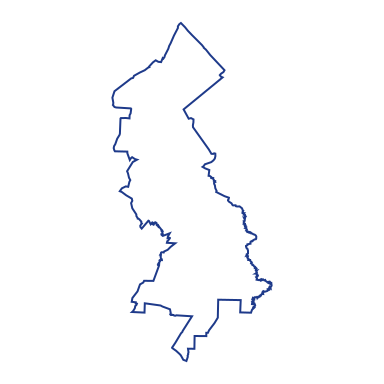 outline of Cobia, Dâmbovita, Romania
{"feature_id": "2599482B99915860347506", "entity_name": "Cobia", "entity_type": "district", "adm_level": 2, "iso_a3": "ROU", "parent_name": "Romania", "parent_adm1": "Dâmbovita", "projection": "natural_earth1", "projection_center": [25.357, 44.815], "detail": "fine", "context": "isolated", "style": "outline", "palette": "blue", "viewbox_px": 384, "rotation_deg": 0, "n_neighbors": 0, "source": "geoboundaries", "source_scale": "gbopen_adm2", "svg_char_len": 6075}
<svg xmlns="http://www.w3.org/2000/svg" viewBox="0 0 384 384"><path d="M186.4,361.0L187.8,356.8L187.6,355.7L188.2,354.3L188.1,353.6L188.5,352.3L188.0,348.7L194.4,348.8L194.6,336.0L206.3,336.1L206.3,332.8L207.9,332.8L209.1,330.2L214.5,323.1L217.8,317.7L218.2,299.7L240.7,300.1L240.2,312.4L251.0,312.7L252.0,309.8L254.0,307.9L253.1,307.7L253.4,307.0L253.8,306.6L254.7,306.4L255.2,305.3L254.6,303.8L254.2,304.0L253.4,303.5L253.1,304.2L252.0,304.1L252.2,302.5L253.2,302.4L252.5,301.6L253.5,301.4L253.2,300.6L253.7,300.2L252.3,299.4L252.4,299.1L252.8,299.1L252.9,297.9L253.8,298.3L253.7,298.0L254.5,297.8L254.6,297.3L255.8,297.4L256.1,297.1L256.4,297.4L257.4,297.0L257.5,297.8L258.0,297.1L258.6,297.3L259.1,296.7L259.7,296.7L259.9,296.3L259.8,295.6L260.0,295.5L260.1,296.0L260.8,295.8L260.9,295.6L260.4,295.3L261.2,294.9L261.2,294.6L261.9,293.9L263.0,294.0L262.5,292.8L262.8,292.7L263.2,293.1L263.4,292.3L262.8,291.7L263.3,291.1L263.5,291.2L263.6,291.7L264.1,291.4L264.9,291.7L267.2,291.0L268.1,290.3L267.7,289.4L268.8,289.3L269.0,289.9L269.4,289.8L269.7,289.4L268.8,289.1L268.6,288.7L269.6,288.3L269.7,287.8L269.3,287.2L269.8,286.6L270.4,287.3L270.3,286.8L270.8,286.9L271.6,285.7L271.5,284.5L270.9,284.2L271.4,284.1L271.3,282.9L270.9,282.9L270.8,283.5L269.7,283.3L270.7,282.8L269.7,281.6L269.2,281.7L268.9,282.4L268.3,281.9L267.1,282.0L265.5,280.8L265.2,280.0L264.3,280.4L263.4,279.6L261.7,280.3L261.9,279.6L261.3,279.8L261.1,279.2L260.4,279.5L260.1,280.3L259.0,279.9L258.6,280.1L256.6,279.7L257.0,278.4L256.1,277.1L257.6,276.3L257.8,275.7L257.1,275.6L256.8,275.2L257.1,274.6L256.7,274.5L256.8,273.5L255.7,273.5L256.2,273.2L256.2,272.9L256.8,272.2L256.3,271.2L256.8,270.6L256.0,270.8L255.7,270.4L255.8,269.8L256.3,269.7L255.9,268.6L256.4,268.3L256.2,268.1L255.8,268.3L255.6,267.7L254.8,267.9L254.9,266.7L254.1,266.4L253.4,265.2L252.5,265.1L252.5,264.4L251.1,263.4L251.5,262.8L251.3,262.4L251.6,262.2L250.1,260.7L250.1,260.0L248.3,260.0L248.5,258.8L247.7,258.5L247.7,257.6L247.3,257.2L247.8,256.9L248.0,256.2L247.4,255.9L247.4,254.9L246.5,255.3L246.8,254.7L246.7,254.3L248.0,253.4L248.0,250.6L247.4,248.7L246.7,248.4L246.0,246.6L246.0,245.9L247.4,245.2L247.4,244.3L250.5,243.7L250.4,242.2L250.7,241.6L252.1,241.4L252.3,241.3L252.1,240.9L254.6,239.4L255.9,239.2L256.2,238.6L256.3,236.5L255.8,235.5L254.6,234.6L253.3,234.3L252.5,233.6L251.2,233.4L251.2,232.9L250.4,232.2L249.5,232.0L249.8,232.7L249.3,232.8L249.0,232.0L247.3,232.1L247.1,231.8L247.4,231.4L246.8,231.2L246.7,230.6L246.3,230.5L246.9,229.7L246.6,229.0L245.4,228.3L246.0,228.0L246.3,227.2L244.9,226.5L244.9,226.3L245.4,226.1L244.8,225.4L245.3,225.1L245.0,224.9L245.0,224.0L244.3,224.2L244.2,223.7L243.7,223.7L243.9,223.2L243.7,222.2L244.2,221.5L243.9,221.1L244.7,220.8L244.8,219.7L244.0,217.9L245.0,218.3L245.2,217.2L245.6,216.6L245.0,216.4L245.4,216.0L245.0,215.2L244.1,214.9L244.6,214.4L243.2,213.5L243.7,213.1L242.5,213.0L242.5,212.6L243.2,212.6L242.6,211.9L243.3,210.7L242.5,209.9L242.1,208.4L239.6,206.4L237.1,206.5L235.9,206.2L235.6,205.3L233.0,205.4L232.4,204.9L231.5,203.3L229.0,201.7L228.0,200.5L228.0,200.0L228.7,198.9L228.9,197.7L224.6,196.2L216.2,192.0L216.6,190.9L215.3,188.2L214.9,185.4L214.1,183.7L214.1,182.6L215.2,182.0L214.6,181.5L214.9,181.0L213.8,180.8L213.8,179.7L213.0,178.8L213.2,178.0L212.5,177.8L211.8,178.2L211.2,178.1L211.0,176.8L209.8,176.0L208.6,175.8L209.3,170.0L205.2,168.4L202.6,166.9L203.6,166.2L204.9,164.3L211.3,162.1L213.4,160.4L214.8,158.6L215.4,156.1L215.3,153.6L214.1,153.3L213.2,153.9L211.4,153.8L208.8,149.4L193.0,127.2L192.9,125.2L193.4,122.5L193.5,119.4L191.0,118.1L188.7,118.7L183.6,109.4L222.6,77.4L220.9,76.6L219.8,75.1L221.0,73.7L223.4,72.1L224.5,70.2L210.2,55.0L205.9,49.6L203.8,47.8L203.8,47.4L202.0,45.1L192.1,35.2L187.8,30.7L185.1,27.3L180.9,23.0L179.4,24.1L177.9,26.3L177.9,28.0L174.0,35.5L170.6,43.3L169.2,45.9L168.3,48.8L164.9,55.4L164.5,57.0L163.3,58.7L162.7,58.1L161.1,62.1L158.3,61.8L155.7,60.3L153.0,62.3L149.1,66.5L149.4,67.1L148.0,67.7L144.8,70.2L139.9,72.5L134.0,75.8L133.1,77.9L131.2,78.4L114.5,91.2L112.4,97.7L113.3,102.6L113.2,104.4L112.9,105.0L114.5,107.0L116.2,107.5L130.8,108.4L131.2,108.9L130.6,113.4L129.6,115.2L129.5,118.4L125.9,118.0L120.8,118.1L120.5,118.5L119.9,133.6L119.6,134.8L117.2,138.7L115.3,144.1L114.1,146.1L113.7,148.1L114.3,150.2L114.9,151.3L127.3,151.6L127.4,153.4L129.8,160.0L130.8,158.3L132.1,157.2L135.0,159.1L137.0,159.7L132.8,162.0L127.1,171.2L128.0,173.4L129.0,177.7L130.3,180.1L129.4,181.8L128.2,186.8L125.8,186.4L121.9,188.3L119.8,191.2L121.8,192.0L126.2,195.3L131.8,198.6L132.3,200.8L131.1,203.1L132.3,208.3L136.3,214.4L136.4,216.1L137.6,218.0L137.7,218.6L138.3,218.6L139.2,219.2L141.3,221.6L141.3,223.0L141.9,223.5L140.3,225.6L140.3,226.3L140.5,227.2L141.7,228.6L148.4,220.7L148.9,220.9L150.7,224.3L152.3,222.4L153.8,223.2L153.0,224.4L153.6,224.7L154.9,222.6L155.2,222.8L155.6,222.4L156.3,222.9L155.9,223.6L157.6,224.6L157.0,225.3L157.6,225.8L157.9,225.3L158.5,225.9L158.1,226.3L158.5,226.9L158.9,226.5L160.9,229.0L161.4,230.2L161.8,230.0L162.2,230.4L162.6,231.3L161.9,231.6L162.4,232.4L162.7,233.8L161.4,234.2L161.5,234.8L162.8,235.9L169.7,233.3L167.9,236.5L167.6,238.1L169.6,237.8L169.9,238.0L169.8,238.4L167.8,240.9L167.3,241.2L166.9,242.8L175.2,243.3L170.7,246.8L167.7,249.8L164.1,251.5L163.7,252.5L161.9,252.2L161.1,252.6L160.7,254.1L160.3,254.7L160.9,254.8L160.8,255.9L160.5,255.9L160.9,258.3L161.2,259.2L161.8,259.3L161.9,260.1L159.7,260.1L159.5,260.6L160.0,261.1L159.9,261.6L158.9,262.7L159.1,263.3L158.7,263.3L158.0,264.2L158.2,264.4L158.1,264.9L159.0,264.9L159.1,265.4L153.4,280.9L144.1,280.8L143.3,282.5L140.0,284.4L137.5,291.4L132.4,298.0L131.7,301.8L135.8,302.3L135.7,303.4L136.9,303.7L136.4,305.0L135.2,306.1L134.9,308.0L134.4,309.0L133.0,311.2L132.1,312.0L144.5,312.6L144.8,303.3L160.6,305.5L162.4,306.5L170.0,309.3L170.7,312.9L170.3,314.3L171.4,314.5L171.3,315.0L173.5,315.0L174.2,315.6L175.6,315.7L176.3,315.3L192.0,316.3L182.7,330.9L182.3,332.0L181.0,333.3L175.2,343.0L172.1,347.6L172.2,348.0L176.1,350.8L179.5,353.9L180.8,355.3L183.3,359.8L186.4,361.0Z" fill="none" stroke="#1e3a8a" stroke-width="2"/></svg>